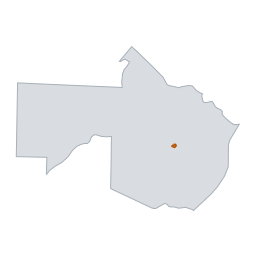 location of Pachalum, Baja Verapaz, Guatemala, rotated 271°
{"feature_id": "79465075B39093617577569", "entity_name": "Pachalum", "entity_type": "district", "adm_level": 2, "iso_a3": "GTM", "parent_name": "Guatemala", "parent_adm1": "Baja Verapaz", "projection": "equal_earth", "projection_center": [-90.648, 14.927], "detail": "fine", "context": "in_parent", "style": "filled", "palette": "amber", "viewbox_px": 256, "rotation_deg": 271, "n_neighbors": 0, "source": "geoboundaries", "source_scale": "gbopen_adm2", "svg_char_len": 2326}
<svg xmlns="http://www.w3.org/2000/svg" viewBox="0 0 256 256"><g transform="rotate(271 128 128)"><path d="M46.6,194.9L47.7,193.5L48.6,190.3L49.7,187.0L49.1,183.1L48.7,180.0L49.9,175.5L49.8,172.1L50.4,170.0L52.3,168.6L53.2,166.0L48.0,157.1L48.0,155.1L48.7,152.6L53.0,143.0L58.1,131.7L63.7,119.2L67.1,111.7L79.3,111.7L87.5,111.7L97.8,111.7L109.0,111.6L116.3,111.6L119.3,111.6L118.8,106.7L119.2,101.3L120.6,96.4L120.6,94.2L118.4,91.6L114.1,90.0L111.8,87.7L111.8,84.7L110.7,81.2L108.7,77.0L104.4,72.7L97.9,68.3L92.4,62.4L87.9,55.0L84.1,50.2L81.1,48.2L80.4,47.2L89.1,47.3L97.3,47.4L97.3,36.8L97.4,27.4L97.4,16.8L112.2,16.8L129.9,16.8L148.3,16.8L162.7,16.8L171.2,16.8L170.8,30.0L170.4,45.3L170.1,56.5L169.7,71.5L169.3,86.8L168.8,107.7L168.4,121.3L168.6,121.6L173.4,120.9L180.6,121.5L182.3,121.5L184.5,122.7L186.2,123.0L189.9,126.1L194.1,128.4L196.8,123.7L195.4,120.9L194.3,119.5L194.5,118.2L209.4,130.3L207.6,132.2L203.9,136.5L197.0,143.8L190.9,150.4L185.0,156.4L179.7,161.8L179.1,162.3L172.4,166.1L171.2,167.9L169.8,175.5L169.1,177.4L170.4,181.6L171.6,188.2L171.2,191.6L166.6,195.8L164.4,199.6L163.5,202.0L162.7,201.4L161.2,201.2L157.9,202.1L156.3,202.4L154.9,203.4L154.8,205.8L155.7,209.6L156.0,211.6L155.1,212.5L151.0,214.8L149.3,217.1L147.8,220.6L146.0,222.1L144.1,221.8L142.8,222.3L139.9,224.9L135.6,230.1L133.3,233.9L133.3,236.7L133.7,239.2L118.1,230.2L112.9,228.7L90.9,228.9L81.5,225.3L70.8,218.5L63.5,212.3L46.6,194.9Z" fill="#d9dde1" stroke="#a8b0b8" stroke-width="1"/><path d="M110.7,171.8L110.6,172.0L110.4,172.2L110.3,172.4L110.3,172.6L110.2,172.7L110.2,172.8L110.1,173.2L110.0,173.5L109.9,173.6L109.8,173.9L109.8,174.0L109.7,174.1L109.6,174.3L109.5,174.5L109.4,174.6L109.4,174.8L109.4,175.0L109.5,175.1L109.6,175.3L109.8,175.4L109.9,175.5L110.0,175.6L110.2,175.8L110.3,175.8L110.5,176.0L110.8,176.1L110.8,176.3L111.0,176.4L111.2,176.2L111.3,176.1L111.5,176.1L111.8,176.1L111.9,176.3L112.0,176.3L112.3,176.3L112.2,176.3L112.2,176.2L112.3,176.1L112.3,175.9L112.3,175.7L112.4,175.4L112.5,175.4L112.5,175.2L112.5,174.9L112.5,174.7L112.4,174.7L112.2,174.5L112.1,174.4L111.9,174.4L111.8,174.2L111.7,174.2L111.6,173.9L111.6,173.7L111.5,173.4L111.4,173.3L111.4,173.2L111.4,172.9L111.2,172.7L111.0,172.4L110.9,172.4L110.8,172.2L110.7,172.0L110.7,171.9L110.7,171.8Z" fill="#f59e0b" stroke="#b45309" stroke-width="1.5"/></g></svg>